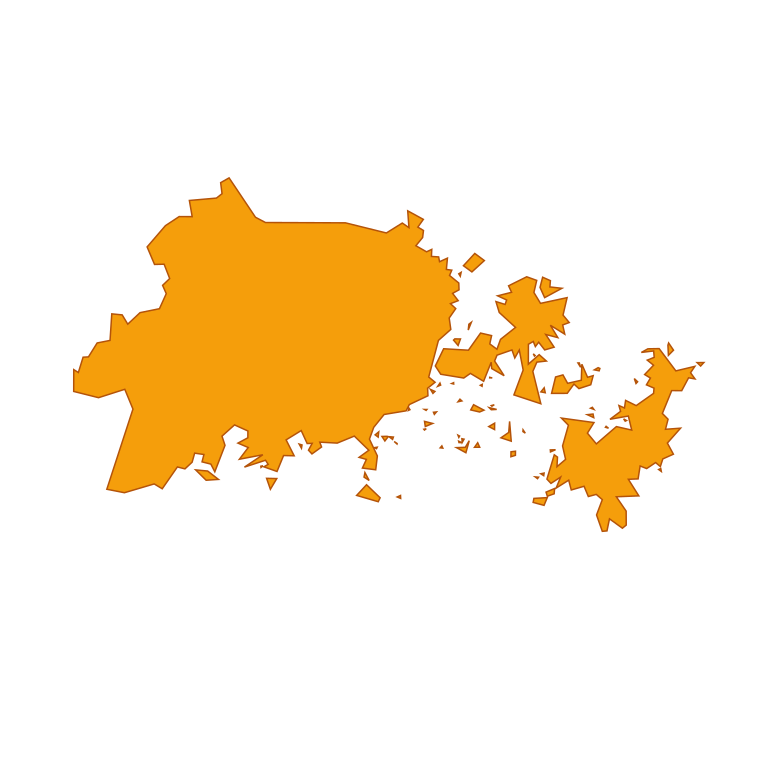 outline of Manggarai Barat, Nusa Tenggara Timur, Indonesia, rotated 195°
{"feature_id": "22746128B27819456459641", "entity_name": "Manggarai Barat", "entity_type": "district", "adm_level": 2, "iso_a3": "IDN", "parent_name": "Indonesia", "parent_adm1": "Nusa Tenggara Timur", "projection": "albers", "projection_center": [119.785, -8.574], "detail": "fine", "context": "isolated", "style": "filled", "palette": "amber", "viewbox_px": 768, "rotation_deg": 195, "n_neighbors": 0, "source": "geoboundaries", "source_scale": "gbopen_adm2", "svg_char_len": 6214}
<svg xmlns="http://www.w3.org/2000/svg" viewBox="0 0 768 768"><g transform="rotate(195 384 384)"><path d="M624.5,210.6L606.6,211.8L580.1,228.0L571.1,225.4L562.1,250.4L554.3,250.5L549.1,258.8L549.0,268.2L539.7,269.3L539.6,261.7L530.5,261.8L524.7,255.4L521.7,283.6L527.0,291.7L517.8,305.8L503.3,303.4L501.6,296.8L509.8,289.1L498.7,287.5L504.2,273.9L482.7,284.3L497.3,267.6L478.7,279.7L475.1,276.4L478.6,272.9L464.7,271.8L462.5,288.9L452.2,291.4L464.1,304.7L451.9,317.6L442.8,306.6L438.0,308.1L439.8,300.5L435.5,297.8L428.0,307.0L431.0,311.2L413.9,314.8L399.2,326.0L381.5,316.1L389.1,306.7L381.5,306.6L383.1,297.2L369.8,299.0L371.8,312.8L383.8,327.0L382.7,339.5L376.0,354.6L355.7,363.8L354.2,370.7L338.5,384.0L340.8,391.2L335.1,398.9L342.6,402.3L342.7,440.2L333.6,454.0L338.1,464.6L334.2,475.4L340.6,478.8L333.9,483.7L341.2,489.3L335.9,494.4L337.9,500.9L348.8,505.8L348.0,511.5L353.4,510.8L355.3,522.0L362.0,516.5L364.1,520.9L371.2,519.5L372.7,526.4L377.1,522.7L389.0,525.8L384.6,535.5L385.6,542.5L391.9,544.3L388.6,553.2L405.9,557.4L400.4,541.5L408.0,544.2L420.8,530.5L462.9,529.7L540.3,509.3L551.3,511.8L587.0,543.0L593.9,536.2L589.7,525.9L594.0,520.2L619.5,510.9L612.6,496.0L625.2,492.7L636.1,480.4L648.3,455.1L636.6,440.1L627.4,442.8L618.3,430.4L623.4,422.0L617.7,414.9L620.4,398.6L638.1,389.8L647.0,375.5L654.8,383.0L665.1,381.3L659.9,355.2L671.7,349.4L676.5,333.7L681.6,332.0L682.2,316.0L687.4,317.6L681.8,296.5L656.2,296.9L633.0,311.8L620.0,294.8L624.5,210.6ZM135.0,298.2L130.6,299.8L131.3,312.1L116.4,306.4L113.5,310.4L117.2,323.9L130.4,335.2L108.9,341.9L123.3,355.2L114.0,358.1L115.4,371.1L108.4,370.3L101.3,378.4L95.7,375.8L95.3,383.8L86.3,391.1L95.0,400.3L86.1,418.1L100.4,413.1L100.5,423.5L107.5,427.6L104.4,452.1L94.7,454.6L91.4,468.8L84.9,469.4L90.8,474.2L88.3,481.5L105.5,472.2L127.4,489.4L138.2,486.3L143.6,481.1L132.1,485.7L129.9,479.7L135.9,475.2L128.5,471.9L134.7,460.6L128.2,458.7L130.3,451.1L122.1,449.9L121.2,444.7L134.8,428.4L146.4,430.7L145.5,423.1L151.5,424.0L148.4,418.8L156.6,408.4L139.7,416.3L132.8,403.6L148.5,403.0L163.4,381.1L174.8,389.2L171.2,401.1L203.8,397.0L195.2,391.9L195.5,370.4L189.1,358.2L195.5,348.9L197.5,358.3L201.2,359.7L202.0,334.3L197.0,331.2L189.3,339.8L190.8,328.0L180.7,338.9L175.7,330.1L164.3,337.0L157.5,328.2L150.4,332.3L143.2,328.8L144.8,312.5L135.0,298.2ZM255.7,407.1L227.4,405.5L243.5,434.7L242.0,444.7L233.1,448.2L241.7,452.5L249.7,440.5L254.8,459.8L250.8,463.7L247.5,459.3L245.4,464.4L237.6,458.5L229.2,463.6L240.6,473.7L228.1,473.8L238.5,483.8L222.3,478.9L226.7,487.3L221.0,491.3L228.9,496.9L229.5,514.8L253.7,502.4L262.9,511.2L263.3,523.6L273.9,524.5L289.1,511.1L284.5,505.6L297.1,498.6L287.3,496.9L287.6,492.2L297.2,492.6L291.2,482.9L271.6,472.7L283.0,457.3L283.9,446.8L292.2,450.1L292.6,458.6L303.9,458.2L311.2,438.5L335.5,433.5L339.1,414.7L331.7,408.1L308.5,410.4L303.3,416.6L288.5,412.4L286.1,432.8L284.0,426.8L270.1,423.1L283.1,434.8L282.3,441.1L269.2,450.0L264.4,443.0L262.1,451.8L253.2,433.5L255.7,407.1ZM219.7,418.3L204.6,422.4L200.5,433.1L194.5,430.0L184.1,436.8L184.1,446.2L189.1,443.2L198.0,454.3L194.4,438.7L206.8,432.2L213.5,439.1L220.1,435.2L219.7,418.3ZM328.1,515.0L319.0,529.2L330.1,533.6L337.9,518.8L328.1,515.0ZM251.2,509.0L236.9,522.5L248.9,520.7L250.0,526.9L258.4,528.2L258.3,517.7L251.2,509.0ZM381.6,269.3L359.1,268.8L358.3,273.1L374.8,282.2L381.6,269.3ZM530.9,245.0L519.2,249.0L531.8,254.3L543.7,252.3L530.9,245.0ZM297.5,341.3L287.1,338.8L287.0,351.3L289.1,343.9L297.5,341.3ZM257.1,362.3L246.3,361.7L253.0,380.4L251.0,369.5L257.1,362.3ZM473.0,262.5L466.5,252.9L463.1,264.9L473.0,262.5ZM293.5,381.4L284.4,381.7L280.7,384.6L292.1,387.2L293.5,381.4ZM209.3,308.2L198.0,308.2L196.9,316.5L209.6,312.3L209.3,308.2ZM197.2,317.9L191.2,322.0L192.2,327.2L199.5,321.5L197.2,317.9ZM116.7,485.3L113.1,491.6L119.7,497.3L119.8,495.0L116.7,485.3ZM333.1,353.6L326.8,358.5L335.2,358.4L333.1,353.6ZM271.8,370.0L265.4,368.6L267.0,374.8L271.8,370.0ZM179.7,407.0L172.7,405.8L174.3,409.1L179.7,407.0ZM322.4,440.4L321.8,447.3L327.3,445.9L328.2,444.4L322.4,440.4ZM205.6,361.5L201.3,364.9L206.3,363.4L205.6,361.5ZM230.4,417.0L226.0,417.3L228.3,421.8L230.4,417.0ZM375.9,331.2L376.7,336.4L379.4,332.6L375.9,331.2ZM278.3,351.5L280.2,346.3L275.2,347.7L278.3,351.5ZM242.6,346.6L238.6,349.1L239.6,353.1L243.8,351.4L242.6,346.6ZM273.7,386.9L268.6,388.6L276.3,388.4L273.7,386.9ZM87.1,485.7L82.8,483.3L80.6,487.5L87.1,485.7ZM337.7,390.8L334.3,387.6L332.9,390.0L337.7,390.8ZM379.2,288.9L373.4,287.0L379.5,293.5L379.2,288.9ZM372.4,332.8L368.4,329.2L366.5,333.7L367.4,334.3L372.4,332.8ZM339.2,280.6L342.0,278.3L338.3,277.8L339.2,280.6ZM307.9,386.0L304.4,387.8L306.7,389.0L307.9,386.0ZM202.1,454.5L198.4,451.0L200.8,454.9L202.1,454.5ZM330.2,399.4L331.5,395.7L329.0,397.6L330.2,399.4ZM143.6,454.0L140.7,449.7L139.6,451.8L143.6,454.0ZM315.6,466.2L317.5,463.7L316.6,457.9L315.6,466.2ZM184.5,452.1L179.6,452.4L179.5,454.9L181.4,455.2L184.5,452.1ZM209.3,337.9L206.0,336.8L206.3,339.4L209.3,337.9ZM450.4,304.0L447.1,300.6L447.4,303.9L450.4,304.0ZM294.6,351.3L293.3,347.9L292.4,351.4L294.6,351.3ZM313.2,336.9L310.6,337.3L312.1,339.2L313.2,336.9ZM210.6,334.0L213.9,333.4L211.2,332.3L210.6,334.0ZM365.6,334.4L361.4,332.7L361.2,335.2L365.6,334.4ZM340.3,509.8L338.2,507.8L338.4,511.8L340.3,509.8ZM326.1,370.6L328.9,369.5L327.5,367.7L326.1,370.6ZM374.2,321.2L376.7,320.1L374.5,319.6L374.2,321.2ZM143.5,412.3L141.4,410.5L140.3,411.5L143.5,412.3ZM272.1,392.5L274.8,390.9L274.0,390.5L272.1,392.5ZM331.6,351.7L333.8,350.6L333.0,350.0L331.6,351.7ZM247.6,451.8L245.9,449.9L245.4,450.6L247.6,451.8ZM359.3,331.1L355.9,329.4L355.9,329.9L359.3,331.1ZM296.4,346.8L293.7,347.5L297.1,348.1L296.4,346.8ZM317.1,403.3L318.7,402.0L316.7,402.0L317.1,403.3ZM289.0,409.1L290.6,407.7L288.7,407.2L289.0,409.1ZM96.6,372.5L93.5,371.3L94.8,374.0L96.6,372.5ZM297.5,353.3L299.3,353.7L297.9,351.8L297.5,353.3ZM479.8,273.7L481.7,272.7L481.2,271.6L479.8,273.7ZM353.5,367.0L353.6,364.8L352.3,365.9L353.5,367.0ZM158.9,399.5L155.7,399.4L158.5,400.6L158.9,399.5ZM178.2,414.1L174.7,413.8L176.7,415.4L178.2,414.1ZM283.5,417.3L281.0,417.9L283.6,417.8L283.5,417.3ZM237.5,374.0L234.8,373.1L237.8,375.7L237.5,374.0ZM336.0,370.5L338.3,369.9L336.5,369.4L336.0,370.5Z" fill="#f59e0b" stroke="#b45309" stroke-width="1.5"/></g></svg>